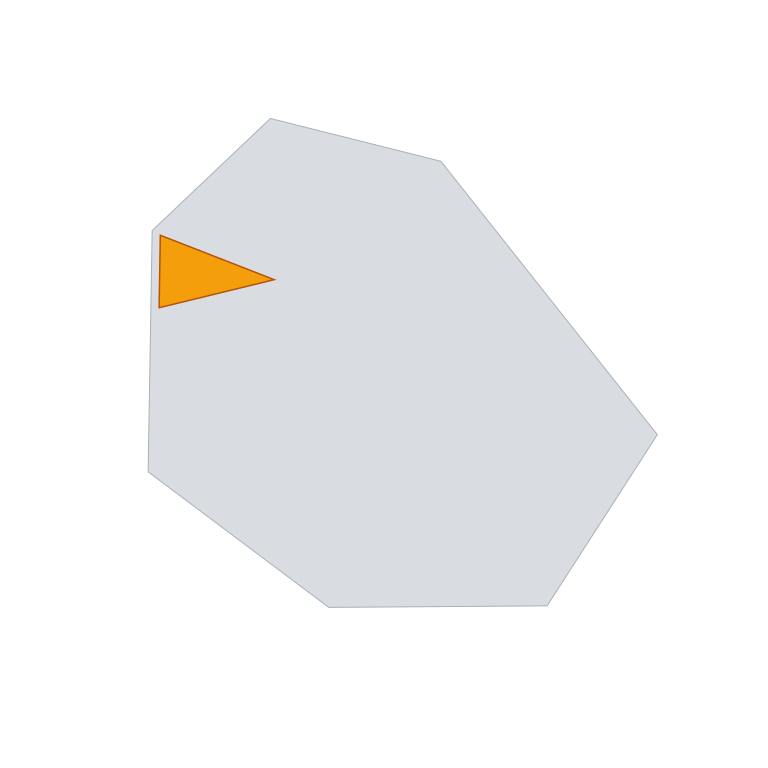 Anetan on a map of Nauru (orthographic projection), rotated 292°
{"feature_id": "NRU-4978", "entity_name": "Anetan", "entity_type": "state/province", "adm_level": 1, "iso_a3": "NRU", "parent_name": "Nauru", "parent_adm1": "", "projection": "orthographic", "projection_center": [166.935, -0.497], "detail": "fine", "context": "in_parent", "style": "filled", "palette": "amber", "viewbox_px": 768, "rotation_deg": 292, "n_neighbors": 0, "source": "natural_earth", "source_scale": "10m", "svg_char_len": 377}
<svg xmlns="http://www.w3.org/2000/svg" viewBox="0 0 768 768"><g transform="rotate(292 384 384)"><path d="M611.8,353.3L439.4,656.4L239.4,618.3L156.2,416.5L214.2,198.2L439.4,111.6L587.6,179.2L611.8,353.3Z" fill="#d9dde1" stroke="#a8b0b8" stroke-width="1"/><path d="M370.5,146.9L438.1,120.9L439.6,243.1L370.5,146.9Z" fill="#f59e0b" stroke="#b45309" stroke-width="1.5"/></g></svg>